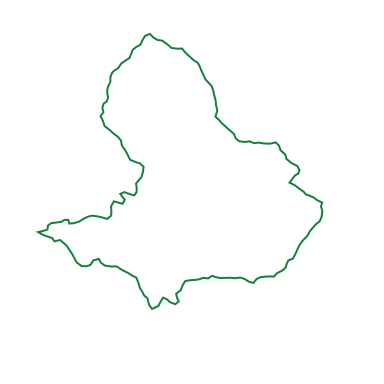 outline of Bias Fortes, Minas Gerais, Brazil, rotated 118°
{"feature_id": "56859067B19952858762068", "entity_name": "Bias Fortes", "entity_type": "district", "adm_level": 2, "iso_a3": "BRA", "parent_name": "Brazil", "parent_adm1": "Minas Gerais", "projection": "orthographic", "projection_center": [-43.766, -21.62], "detail": "fine", "context": "isolated", "style": "outline", "palette": "green", "viewbox_px": 384, "rotation_deg": 118, "n_neighbors": 0, "source": "geoboundaries", "source_scale": "gbopen_adm2", "svg_char_len": 2686}
<svg xmlns="http://www.w3.org/2000/svg" viewBox="0 0 384 384"><g transform="rotate(118 192 192)"><path d="M140.2,72.1L140.5,77.2L139.7,82.2L140.1,86.1L140.7,90.3L139.3,93.5L138.8,98.3L137.7,105.0L138.0,110.2L133.4,109.6L129.0,108.8L125.9,106.8L122.2,107.4L119.6,111.4L119.7,117.7L118.5,124.1L115.0,127.4L113.7,133.2L110.2,137.0L108.9,141.4L112.8,145.9L115.5,151.7L117.2,156.5L119.8,160.2L120.2,165.0L122.9,168.5L125.0,174.1L124.0,178.9L121.1,182.1L120.1,186.2L119.2,190.3L118.1,194.6L117.2,198.2L115.8,201.7L114.5,206.7L108.0,207.9L104.0,211.6L100.4,213.9L96.8,217.2L92.2,221.2L89.2,224.4L87.9,228.4L86.1,233.2L82.8,237.5L80.1,241.1L77.5,244.1L75.2,247.4L74.8,252.6L73.7,256.6L72.9,260.3L71.7,264.1L70.0,268.1L72.4,272.3L74.4,277.8L73.0,284.0L72.4,289.6L73.9,293.7L73.7,298.9L72.1,303.3L76.3,306.8L81.8,307.0L86.3,306.7L89.6,309.0L94.2,311.1L99.0,310.5L103.1,310.1L107.1,312.5L111.8,314.8L117.2,315.3L120.8,317.3L123.9,318.5L128.7,318.1L133.3,315.7L137.4,315.7L141.4,314.9L144.6,313.1L147.9,310.5L151.8,309.8L155.5,311.5L159.7,310.7L163.3,307.6L168.0,308.4L171.2,303.8L174.8,300.2L175.8,294.6L177.2,288.8L178.0,283.5L179.9,278.9L184.0,275.6L186.3,271.0L188.3,267.6L190.5,264.8L192.6,261.7L192.0,255.8L191.2,251.5L192.4,246.6L197.2,244.8L202.7,243.6L207.0,244.6L210.8,245.4L214.2,242.8L218.2,240.9L222.1,241.4L223.2,246.6L223.9,251.8L227.4,254.4L229.0,251.0L230.4,247.7L235.0,247.8L235.9,251.9L236.9,256.6L242.8,256.7L246.6,254.3L250.9,252.3L255.6,254.3L256.8,260.1L258.4,265.5L260.0,269.4L263.0,272.6L266.7,275.2L271.2,277.8L275.3,282.0L277.4,285.5L274.7,288.2L276.5,291.5L279.6,293.3L282.6,297.4L285.5,301.6L289.2,303.4L293.1,302.0L295.9,304.8L299.6,309.0L299.8,303.0L299.2,299.1L298.3,294.1L300.1,290.2L296.3,285.9L297.2,281.7L298.3,277.4L301.0,272.3L303.5,267.9L306.6,263.5L308.4,260.3L309.2,254.6L307.0,250.2L304.0,247.4L298.7,247.0L294.8,242.9L297.2,239.3L297.9,234.5L295.9,228.8L293.1,223.5L293.7,216.4L293.5,210.5L293.9,205.8L293.7,201.0L297.2,196.9L301.1,193.1L303.5,188.9L305.9,185.6L306.6,181.7L309.3,179.3L312.1,176.4L314.0,172.4L308.5,168.2L303.2,168.2L298.9,168.0L298.5,163.7L299.6,159.6L298.9,154.1L294.9,152.3L292.2,155.7L289.3,158.2L283.8,155.9L278.2,156.5L274.0,156.2L271.2,152.9L268.3,148.2L266.2,145.2L262.5,141.7L260.7,137.2L256.5,134.9L255.9,130.4L254.5,126.4L252.2,122.2L250.0,118.5L248.0,113.7L244.8,109.0L244.1,104.7L244.5,99.9L243.5,95.1L238.4,94.1L235.0,91.5L232.1,87.2L229.9,83.5L228.1,79.8L224.0,79.0L219.0,75.4L214.9,73.9L211.0,74.6L207.2,74.8L203.4,71.6L198.3,71.6L192.7,72.0L188.0,72.1L182.8,71.4L176.7,69.6L171.3,69.5L166.7,68.5L162.4,67.5L158.0,65.5L153.1,65.9L147.7,67.9L144.1,71.4L140.2,72.1Z" fill="none" stroke="#15803d" stroke-width="2"/></g></svg>